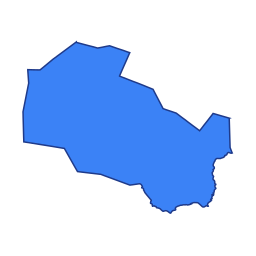 Nalaix, Ulaanbaatar, Mongolia, rotated 95°
{"feature_id": "93677404B72325521473587", "entity_name": "Nalaix", "entity_type": "district", "adm_level": 2, "iso_a3": "MNG", "parent_name": "Mongolia", "parent_adm1": "Ulaanbaatar", "projection": "mercator", "projection_center": [107.515, 47.823], "detail": "fine", "context": "isolated", "style": "filled", "palette": "blue", "viewbox_px": 256, "rotation_deg": 95, "n_neighbors": 0, "source": "geoboundaries", "source_scale": "gbopen_adm2", "svg_char_len": 4344}
<svg xmlns="http://www.w3.org/2000/svg" viewBox="0 0 256 256"><g transform="rotate(95 128 128)"><path d="M46.9,187.1L61.6,203.7L66.1,208.8L76.2,219.0L77.8,220.7L77.8,220.8L77.8,221.2L77.9,221.7L78.3,227.4L78.6,232.9L78.9,232.9L91.0,231.0L92.0,230.8L92.4,230.9L121.1,234.0L122.6,233.8L126.4,233.4L145.8,231.2L150.6,230.6L150.9,230.6L152.9,202.4L153.9,189.6L172.1,177.1L175.8,174.5L175.9,172.3L176.5,152.0L176.5,151.1L177.5,147.6L184.7,121.2L184.6,120.7L184.2,118.8L182.5,111.6L182.7,111.1L182.7,110.8L182.7,110.7L183.3,109.8L184.1,109.2L184.5,108.9L184.9,108.6L185.2,108.7L185.6,108.9L186.0,109.1L186.3,109.1L186.3,108.8L186.4,108.7L186.6,107.9L186.9,107.6L187.3,107.2L188.4,107.1L188.7,106.8L190.9,105.5L192.9,103.6L194.4,102.1L197.6,98.9L197.7,98.7L197.8,98.6L198.3,98.5L198.8,98.8L199.1,98.9L199.3,98.9L199.8,98.9L200.7,99.1L201.1,98.9L201.2,98.6L201.3,98.2L201.4,97.8L201.6,97.6L201.9,97.3L202.3,97.1L202.5,97.1L203.3,97.0L203.5,96.9L203.8,96.7L203.8,96.4L203.6,96.1L203.4,95.7L203.3,95.3L203.3,94.9L203.6,94.6L203.7,94.4L203.8,94.1L203.8,93.9L203.7,93.5L203.9,93.2L204.2,93.0L204.4,92.9L204.6,92.8L204.9,92.6L204.9,92.2L205.0,91.6L205.2,90.2L205.6,89.1L205.7,88.9L206.4,88.1L207.3,86.9L207.5,86.5L207.8,86.0L207.9,85.9L207.8,85.3L207.6,84.9L207.2,83.7L207.1,83.3L207.1,82.5L207.6,81.1L208.8,79.2L209.1,78.5L209.1,78.2L208.9,77.9L208.7,77.8L208.5,77.7L208.0,77.5L207.2,77.0L206.7,76.5L206.5,76.1L206.4,76.1L206.2,75.7L206.0,75.1L205.9,74.5L205.8,74.2L205.7,73.9L205.5,73.6L205.3,73.4L205.0,73.4L204.9,73.4L204.6,73.5L204.0,73.8L203.9,73.9L203.6,73.8L203.3,73.7L202.6,73.2L201.8,72.0L201.1,70.5L200.9,70.0L200.8,69.8L200.5,69.3L200.3,68.6L200.2,67.6L200.1,67.4L199.7,66.2L199.6,65.6L199.6,65.2L199.6,64.8L199.6,64.3L199.5,64.0L199.4,63.9L199.3,63.7L199.3,63.2L199.4,62.3L199.5,61.8L199.2,60.9L198.9,59.9L198.8,59.7L198.4,58.8L198.1,58.3L198.0,58.5L197.8,58.7L197.3,57.7L196.7,56.4L196.5,55.6L196.4,53.6L196.3,52.6L196.5,51.7L196.7,51.4L197.2,50.6L197.4,50.4L198.0,49.5L199.2,48.0L199.3,47.9L200.0,46.9L200.1,46.5L200.1,46.0L200.0,45.3L199.7,44.8L199.2,44.1L198.9,43.8L198.7,43.3L198.7,42.8L198.7,42.2L199.0,41.9L199.0,41.4L198.9,41.2L198.6,41.3L198.4,41.6L198.2,42.0L197.8,42.2L197.4,42.1L197.0,42.0L196.1,41.9L195.3,41.1L195.0,40.9L194.5,40.4L194.1,39.8L194.0,39.5L193.7,39.2L193.4,39.3L193.2,39.1L192.9,38.8L192.6,38.5L192.4,38.6L192.2,38.6L192.0,39.3L191.6,39.2L191.3,38.9L191.1,38.4L190.8,38.1L190.4,38.2L190.1,38.5L189.6,38.5L189.1,38.3L188.6,38.1L188.0,38.3L187.6,38.4L187.2,38.5L187.1,38.2L187.4,37.9L187.8,37.5L187.7,37.1L187.1,36.9L186.5,36.9L186.0,37.2L185.6,37.4L185.6,37.1L185.5,36.9L184.0,36.7L183.6,36.6L183.1,36.6L182.6,36.6L182.1,36.4L181.6,36.1L181.1,35.6L180.7,35.3L180.4,35.2L180.1,35.4L179.7,35.7L179.3,36.1L178.7,36.3L178.0,36.4L177.6,36.4L177.3,36.1L177.0,35.7L176.7,35.6L176.3,35.7L176.2,36.1L175.8,36.6L175.4,36.8L174.9,36.8L174.2,36.9L173.6,37.0L172.7,37.5L172.3,38.3L171.7,38.8L170.9,38.9L169.5,38.7L168.9,38.5L168.5,38.7L168.0,39.3L167.5,39.8L166.8,39.8L166.2,40.0L165.5,40.3L165.0,40.2L164.6,39.9L164.1,39.6L163.4,39.3L162.6,39.3L162.2,39.4L161.9,39.6L161.5,39.1L161.3,38.8L160.6,38.5L159.7,38.6L159.2,38.9L158.8,39.4L158.2,39.8L157.5,39.9L156.9,39.9L156.1,39.7L154.9,39.3L154.2,39.1L153.3,38.5L152.3,38.4L151.6,37.8L151.0,37.5L150.8,37.2L150.6,36.6L150.5,35.7L150.5,35.3L150.5,34.8L150.4,34.0L150.3,33.2L149.9,32.5L149.6,31.8L149.3,31.0L148.8,30.1L147.8,29.2L147.0,29.2L146.8,28.8L146.7,28.7L146.5,28.0L146.4,27.8L146.1,27.4L145.4,27.1L145.1,27.0L144.3,26.7L144.1,26.5L143.7,26.0L143.6,25.5L143.6,25.2L143.8,24.7L143.9,24.2L144.1,23.4L144.1,22.8L143.8,22.0L143.3,22.3L138.6,24.6L109.5,28.0L109.4,27.8L108.5,32.3L107.5,37.5L106.6,41.9L106.1,44.5L107.9,45.6L110.8,47.5L114.7,50.0L116.2,51.0L118.6,52.6L120.7,53.9L124.5,56.4L121.8,60.7L120.1,63.5L116.8,68.8L114.9,71.7L112.8,75.2L110.4,79.0L109.0,81.2L108.6,82.8L107.9,85.6L107.1,89.0L106.4,91.9L105.6,94.8L103.8,95.9L98.8,99.1L94.1,102.1L90.2,104.6L87.3,106.4L86.6,108.6L85.6,111.9L84.1,116.7L83.5,118.7L82.2,123.1L81.2,126.8L80.0,130.9L79.1,133.9L77.1,140.9L77.0,141.0L74.3,140.1L70.7,138.9L66.3,137.4L61.1,135.6L54.8,133.5L52.8,132.8L52.3,135.0L51.2,139.1L50.7,141.2L49.7,145.6L49.1,147.9L47.7,153.5L48.4,156.2L49.7,160.5L51.0,165.2L50.7,166.8L50.2,169.4L49.4,174.4L48.5,179.6L47.2,187.1L46.9,187.1Z" fill="#3b82f6" stroke="#1e3a8a" stroke-width="1.5"/></g></svg>